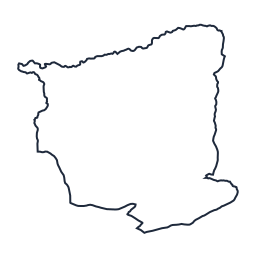 the district of Ragonvalia, Norte de Santander, Colombia, rotated 271°
{"feature_id": "7082276B67756005712401", "entity_name": "Ragonvalia", "entity_type": "district", "adm_level": 2, "iso_a3": "COL", "parent_name": "Colombia", "parent_adm1": "Norte de Santander", "projection": "albers", "projection_center": [-72.499, 7.601], "detail": "fine", "context": "isolated", "style": "outline", "palette": "slate", "viewbox_px": 256, "rotation_deg": 271, "n_neighbors": 0, "source": "geoboundaries", "source_scale": "gbopen_adm2", "svg_char_len": 5823}
<svg xmlns="http://www.w3.org/2000/svg" viewBox="0 0 256 256"><g transform="rotate(271 128 128)"><path d="M52.0,225.1L55.2,231.6L57.3,234.8L58.4,235.7L60.0,236.4L63.3,238.2L65.6,238.8L66.9,238.8L68.0,238.3L68.8,237.8L69.9,237.7L70.6,237.5L70.8,237.4L70.8,236.8L71.4,235.8L71.5,234.6L71.8,233.8L72.4,233.4L73.2,233.3L73.5,232.7L74.3,232.0L76.1,230.9L76.1,229.6L77.0,227.8L76.9,226.5L77.3,224.2L77.1,223.0L77.3,222.0L76.8,219.7L76.4,218.9L76.3,218.4L77.1,216.9L77.6,214.6L79.1,211.1L79.3,210.2L79.0,209.1L79.2,208.6L79.5,208.4L79.5,206.5L79.7,206.8L81.1,207.5L81.6,207.4L81.8,207.2L81.9,207.4L82.2,207.4L83.5,209.7L83.6,210.2L83.0,211.8L82.8,213.8L85.5,214.4L87.7,215.1L88.4,215.6L91.3,216.8L96.8,218.2L97.7,218.3L100.0,218.2L104.6,218.3L106.0,218.2L108.0,217.6L111.1,216.3L113.9,214.6L116.7,213.3L118.6,213.5L120.8,213.9L122.7,214.7L127.3,216.1L128.3,216.1L129.7,215.5L131.4,215.6L132.0,215.6L134.9,214.7L136.7,213.8L140.3,214.5L140.9,214.8L142.7,214.4L144.1,214.5L146.5,215.4L148.0,215.6L150.5,214.9L151.5,214.8L153.1,215.8L154.6,215.9L155.6,215.9L157.3,215.5L158.8,214.7L159.2,214.6L160.5,215.4L161.5,215.7L165.1,217.3L166.1,217.6L167.6,217.6L169.2,217.3L169.8,217.1L170.6,216.5L171.2,216.4L173.4,216.5L174.7,217.2L175.6,217.2L176.6,216.3L177.9,215.6L178.7,215.3L180.4,215.1L181.1,214.9L183.0,212.9L184.2,213.3L184.6,213.6L185.8,216.1L186.5,217.2L188.9,219.1L190.4,220.7L191.4,221.3L192.5,221.6L197.8,222.5L199.9,223.0L201.4,223.6L203.3,220.5L204.3,220.4L206.1,220.3L207.7,220.5L208.7,221.0L209.9,221.4L213.4,221.5L216.5,222.0L219.4,222.3L220.6,222.2L221.9,221.5L223.2,221.3L225.5,220.0L226.6,219.8L226.5,219.1L227.1,218.2L227.2,217.8L227.0,216.9L227.1,216.5L227.6,215.7L228.0,215.4L228.7,215.2L229.5,214.7L230.6,213.4L231.3,212.3L231.6,211.3L231.5,209.8L232.1,208.2L231.6,206.3L231.0,205.2L231.5,203.8L231.5,203.0L231.9,200.9L232.4,199.7L232.5,198.3L232.4,197.7L231.9,196.9L231.6,194.8L231.2,194.1L231.4,192.3L230.8,189.1L231.0,187.3L230.9,185.9L231.0,185.1L230.7,184.1L229.2,183.4L228.0,182.6L227.5,181.9L227.6,181.1L228.2,179.8L228.8,178.1L229.0,176.4L227.1,174.3L226.5,173.1L225.9,171.1L224.8,170.5L224.3,169.5L224.1,169.0L224.2,168.2L225.2,165.3L225.0,164.6L224.7,164.1L223.2,163.8L222.3,163.1L222.1,162.9L222.0,161.5L221.8,160.1L221.3,159.3L220.4,158.2L218.9,157.5L218.4,156.7L218.5,153.4L218.5,152.5L218.2,151.7L217.5,151.1L216.4,150.5L215.4,150.4L213.9,150.5L213.1,150.4L212.6,150.3L212.0,149.9L211.1,147.1L210.7,146.7L208.7,145.7L208.3,144.9L207.7,141.7L208.1,140.8L209.2,139.8L209.3,139.3L209.4,137.5L208.6,135.3L206.1,133.5L205.6,132.9L205.2,132.2L205.1,131.3L205.4,129.8L205.7,129.3L206.7,128.4L207.1,127.7L207.3,126.9L206.9,125.9L206.4,125.1L205.8,123.5L205.2,122.3L204.8,120.3L204.2,118.8L201.9,116.1L203.9,114.2L204.1,113.7L204.1,113.2L203.7,112.6L202.5,112.0L201.9,111.2L202.2,110.3L202.0,109.3L201.6,108.1L201.7,107.1L201.5,106.6L201.3,106.4L200.8,105.1L200.9,103.3L200.0,102.2L199.4,100.5L199.3,96.0L198.9,94.9L198.1,93.7L197.2,93.4L196.9,92.8L196.7,89.5L196.9,87.9L196.4,85.9L195.1,85.3L193.5,83.8L192.9,82.9L192.7,82.2L193.0,81.8L193.7,81.3L193.9,81.0L193.9,80.5L193.5,79.2L192.7,79.0L191.3,79.1L190.7,79.0L190.3,78.6L189.7,76.7L189.4,76.1L188.5,75.2L188.5,73.9L189.3,72.1L189.0,71.5L188.2,70.7L187.9,70.0L187.9,69.3L188.1,68.8L187.7,67.9L187.6,67.3L187.6,66.7L188.9,64.7L189.0,64.3L188.8,63.7L188.2,63.3L188.0,62.3L188.2,60.8L188.9,59.7L189.6,58.9L192.4,53.2L192.2,52.0L191.8,50.4L190.7,49.4L190.3,48.6L190.7,45.0L190.7,44.3L190.5,43.8L190.0,43.8L188.2,45.0L187.8,44.8L187.3,44.4L186.1,41.5L186.4,39.9L186.7,39.4L187.5,39.0L189.8,39.0L190.3,38.2L190.9,36.5L191.1,35.5L191.0,33.9L191.8,33.1L193.4,31.8L193.7,31.4L193.6,30.3L193.3,29.0L191.5,27.0L190.8,26.7L190.0,26.0L188.8,24.1L188.6,23.2L188.3,22.7L188.5,22.2L189.9,21.1L190.2,20.6L190.2,20.1L190.7,18.0L189.5,17.3L187.2,17.5L186.6,17.4L186.0,17.2L185.4,17.2L185.1,17.3L184.1,18.1L182.8,20.3L182.6,21.5L182.2,22.4L181.9,24.7L180.8,25.9L180.8,26.3L181.8,29.2L181.8,29.8L181.4,30.9L182.2,32.1L182.1,33.0L181.5,33.6L180.3,34.3L179.8,35.8L179.4,36.4L178.4,37.2L177.7,37.4L176.8,38.3L175.7,38.6L175.3,38.5L174.9,38.2L174.6,38.2L174.2,39.2L173.7,39.6L173.2,40.4L172.5,42.2L172.0,42.8L171.0,43.4L170.3,43.5L168.6,42.9L166.9,42.9L162.6,43.2L161.0,43.7L159.5,43.7L158.6,43.9L157.7,44.5L157.5,44.8L156.8,46.0L156.3,46.4L155.3,46.5L154.2,46.4L153.0,46.6L152.2,46.1L151.6,45.9L151.3,46.2L151.0,46.9L150.5,47.4L148.9,47.4L147.7,46.8L145.5,45.4L144.3,43.9L143.9,42.2L142.0,38.3L140.9,38.0L139.8,38.1L137.8,37.2L137.0,37.2L136.8,37.1L136.6,36.7L136.4,35.3L135.2,34.8L134.5,34.2L134.0,34.6L133.4,34.7L131.5,34.3L130.9,34.4L130.1,35.0L129.3,35.2L128.5,35.7L126.8,37.3L126.1,37.7L125.4,37.8L124.4,37.8L121.5,37.0L118.0,36.9L116.0,37.2L114.3,38.0L113.4,38.1L110.7,37.7L102.8,38.1L102.8,40.4L102.3,42.5L102.4,44.2L103.0,45.6L102.9,47.7L101.1,51.0L100.1,52.2L98.6,54.6L96.5,56.3L94.6,57.5L91.0,58.2L89.3,58.9L87.5,59.9L83.1,62.0L79.7,64.5L77.3,65.1L73.6,65.6L71.9,66.1L70.4,67.8L69.5,68.5L67.8,69.5L65.9,70.0L59.4,71.4L52.3,71.6L52.0,71.9L49.7,77.7L49.2,79.6L49.2,84.9L49.7,87.9L50.2,89.3L50.6,91.5L50.2,93.9L49.0,97.4L48.4,100.2L47.8,102.3L46.5,108.3L46.3,117.0L46.5,119.0L46.7,120.2L49.3,126.1L50.8,128.8L52.1,131.9L52.3,134.2L51.7,136.9L50.3,136.7L49.6,136.4L48.8,135.6L46.3,132.5L44.7,131.5L44.0,130.2L42.7,129.7L41.8,128.9L41.5,129.1L41.1,129.9L40.2,132.9L37.9,136.7L35.6,140.2L35.1,141.3L33.6,144.0L33.3,144.1L33.0,143.9L31.5,142.5L30.1,141.5L29.4,140.3L27.9,138.7L26.2,142.6L23.5,146.2L24.4,148.5L25.7,154.5L28.4,163.7L29.3,169.1L30.1,170.7L31.2,172.4L31.8,174.2L32.1,178.2L32.4,180.6L33.0,183.2L32.6,185.8L32.4,188.7L32.4,190.9L32.8,192.0L34.4,194.5L36.1,195.8L37.3,197.2L39.0,200.4L41.3,204.1L41.6,205.3L42.4,206.8L45.4,211.4L47.4,215.8L47.7,217.2L48.1,218.3L48.8,219.2L49.8,221.3L51.3,223.1L52.0,225.1Z" fill="none" stroke="#1e293b" stroke-width="2"/></g></svg>